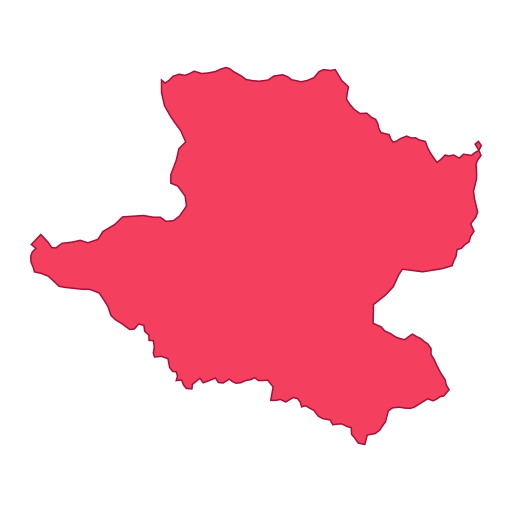 the district of Gameleira de Goiás, Goiás, Brazil
{"feature_id": "56859067B59068053253538", "entity_name": "Gameleira de Goiás", "entity_type": "district", "adm_level": 2, "iso_a3": "BRA", "parent_name": "Brazil", "parent_adm1": "Goiás", "projection": "natural_earth1", "projection_center": [-48.667, -16.409], "detail": "fine", "context": "isolated", "style": "filled", "palette": "rose", "viewbox_px": 512, "rotation_deg": 0, "n_neighbors": 0, "source": "geoboundaries", "source_scale": "gbopen_adm2", "svg_char_len": 3163}
<svg xmlns="http://www.w3.org/2000/svg" viewBox="0 0 512 512"><path d="M161.5,80.0L161.5,92.4L164.5,105.7L170.8,116.8L174.7,122.5L180.8,130.8L185.7,142.0L178.9,148.7L176.3,160.2L170.8,174.8L170.8,183.2L177.7,186.0L185.1,196.1L186.5,206.0L179.6,216.0L173.4,220.7L165.9,221.3L160.3,217.2L153.4,217.2L143.3,215.5L122.6,216.9L114.9,224.4L102.9,231.5L98.0,239.3L87.8,242.8L80.2,240.3L72.3,242.1L62.1,243.3L55.9,247.9L51.7,247.6L48.0,242.1L40.8,234.5L31.3,244.5L35.9,248.3L32.1,252.3L30.7,256.4L31.0,262.2L33.1,267.1L34.5,271.9L41.2,273.4L48.1,276.1L54.7,282.0L59.0,286.3L65.0,287.4L82.2,289.3L89.5,289.3L99.2,293.0L103.5,299.4L107.9,306.5L111.0,315.5L115.3,319.6L122.0,323.8L129.7,329.5L134.2,329.1L138.7,324.0L143.9,325.4L144.7,331.4L148.9,335.1L149.0,340.4L153.3,340.7L154.3,346.9L153.3,353.0L154.5,357.0L161.5,356.4L168.0,358.7L169.6,367.5L172.6,371.4L176.3,371.9L177.5,376.2L176.2,380.6L181.6,380.0L183.6,385.1L186.4,388.5L191.9,388.9L192.4,384.4L199.9,378.3L203.2,382.8L208.4,380.9L215.5,378.1L218.4,382.5L223.1,383.0L229.3,379.1L232.3,381.5L235.9,383.2L240.6,382.8L245.8,380.5L250.7,379.7L254.6,377.8L258.6,380.6L263.7,380.5L267.8,380.2L273.1,386.9L272.0,393.3L270.7,400.4L275.9,400.4L280.3,399.4L285.7,402.0L293.2,397.6L297.7,398.7L300.4,402.4L301.6,406.9L305.5,405.7L310.1,408.4L313.8,410.3L318.2,416.1L322.7,418.6L330.2,420.0L332.8,424.8L336.6,424.2L341.6,423.9L347.5,426.7L351.2,427.6L351.6,434.4L354.4,437.6L358.3,443.1L364.8,444.5L367.3,435.0L375.1,433.6L379.7,430.2L381.9,426.7L385.4,422.0L388.3,411.0L392.5,407.9L399.4,407.2L404.7,408.1L410.2,408.4L414.2,407.2L427.7,398.8L433.0,400.8L436.5,399.2L440.1,396.7L443.9,395.9L449.1,389.7L446.2,384.9L445.1,379.6L440.8,373.2L436.6,365.0L434.0,359.2L431.0,354.5L431.1,348.7L427.9,344.1L424.2,341.5L421.1,338.8L416.9,336.7L412.4,334.1L408.9,336.5L404.7,339.7L400.1,338.6L395.5,336.9L390.7,333.7L384.7,330.9L381.1,326.8L373.1,323.3L373.5,304.6L385.2,295.3L393.3,286.7L398.6,274.9L402.4,269.2L422.6,271.8L442.1,268.7L452.1,265.7L453.7,261.1L456.0,256.4L457.1,249.5L461.4,248.4L464.9,244.6L469.1,241.8L470.5,236.6L474.0,231.2L470.7,223.8L475.7,217.4L477.7,212.0L474.6,199.3L473.5,191.3L476.6,178.5L476.6,173.6L476.4,168.4L476.1,164.0L477.8,159.8L481.0,155.6L478.9,150.3L474.4,152.9L471.5,155.4L463.6,154.2L459.2,158.1L453.7,155.0L448.6,156.0L445.1,155.0L441.3,159.0L437.0,162.5L433.7,157.9L430.1,152.4L427.4,147.3L425.4,141.5L418.9,139.8L415.7,137.8L411.2,138.0L406.7,136.1L400.6,138.5L396.5,141.1L393.0,142.2L390.6,138.7L389.2,134.6L385.2,133.7L380.9,132.5L378.9,128.6L377.8,123.7L375.6,119.3L371.5,117.4L366.8,113.2L359.9,113.5L354.2,109.4L349.9,104.5L346.5,99.2L347.3,92.9L348.5,87.1L345.7,84.1L341.8,80.7L337.8,73.9L335.2,69.6L330.4,70.5L323.6,69.6L318.9,71.7L314.0,77.6L307.5,80.4L301.0,81.8L295.9,80.6L291.8,79.8L287.6,76.7L282.7,74.7L273.7,76.1L268.2,80.0L263.3,80.7L258.9,81.2L252.3,80.6L246.0,79.5L241.6,76.1L237.7,73.9L233.2,71.4L229.6,68.6L225.9,67.5L220.5,69.2L215.2,71.6L207.9,73.0L201.5,73.5L194.2,71.2L189.2,73.8L184.8,75.4L179.3,74.2L173.0,76.3L169.0,80.4L165.1,83.0L161.5,80.0ZM478.9,150.3L481.3,145.7L478.5,141.3L475.1,144.1L478.9,150.3Z" fill="#f43f5e" stroke="#9f1239" stroke-width="1.5"/></svg>